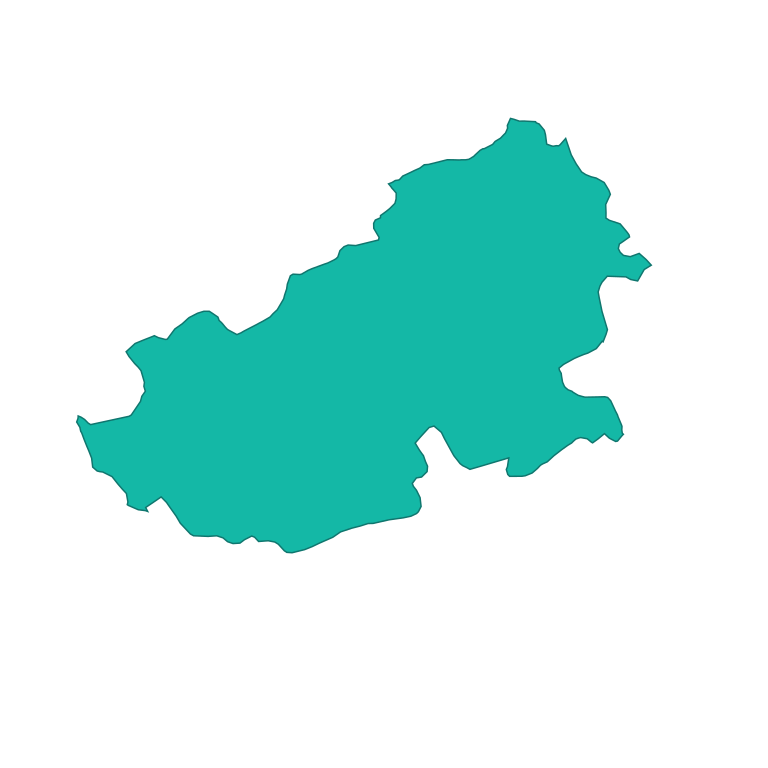 Santa, Al Gharbiyah, Egypt, rotated 239°
{"feature_id": "37247803B92664797200587", "entity_name": "Santa", "entity_type": "district", "adm_level": 2, "iso_a3": "EGY", "parent_name": "Egypt", "parent_adm1": "Al Gharbiyah", "projection": "orthographic", "projection_center": [31.113, 30.774], "detail": "fine", "context": "isolated", "style": "filled", "palette": "teal", "viewbox_px": 768, "rotation_deg": 239, "n_neighbors": 0, "source": "geoboundaries", "source_scale": "gbopen_adm2", "svg_char_len": 4805}
<svg xmlns="http://www.w3.org/2000/svg" viewBox="0 0 768 768"><g transform="rotate(239 384 384)"><path d="M500.9,666.2L498.4,658.2L498.2,656.4L499.5,654.5L500.7,651.4L502.0,650.1L505.8,647.0L514.5,650.8L518.9,652.1L527.0,650.9L529.5,649.0L530.8,649.0L536.2,641.0L537.1,639.7L539.6,635.4L544.0,631.7L546.5,629.2L543.9,625.5L542.1,622.9L539.6,621.7L537.8,619.2L536.5,617.3L535.9,614.8L534.7,610.4L534.7,604.2L533.4,600.5L534.0,592.1L534.1,591.1L534.7,589.9L534.8,586.8L533.5,580.5L532.9,578.1L532.9,572.5L534.2,569.3L536.1,566.2L537.3,563.8L540.5,558.8L543.6,553.8L544.3,551.6L549.3,535.2L551.2,531.4L550.6,525.8L551.3,520.2L551.7,515.6L552.3,509.8L552.6,507.2L551.3,502.8L551.3,501.6L552.6,498.5L552.6,494.7L553.2,491.0L549.5,491.6L548.2,491.6L545.1,492.2L541.4,492.8L540.4,492.2L536.4,489.7L533.3,486.5L532.8,484.9L532.6,484.0L531.4,479.1L530.8,474.7L530.4,470.4L530.2,467.8L528.3,466.6L529.0,461.0L527.1,457.9L522.7,455.4L512.1,455.3L510.3,453.4L516.8,432.4L517.2,431.1L521.6,424.8L522.3,420.5L521.6,417.4L521.4,416.5L521.0,414.9L516.7,409.9L516.1,407.4L516.1,405.0L516.7,398.0L517.4,394.9L519.9,381.9L520.5,377.5L520.6,371.9L520.6,370.0L521.2,368.2L525.0,362.6L525.0,359.5L519.4,352.6L515.6,349.5L511.3,344.5L508.8,342.0L507.7,340.1L502.6,330.7L501.4,325.1L500.1,320.8L500.2,312.7L500.5,307.4L500.5,306.4L501.5,290.9L501.5,290.1L501.5,287.8L502.1,283.4L510.3,278.5L511.5,277.9L514.7,277.2L519.0,276.6L520.8,276.2L522.4,275.7L523.4,275.4L524.9,275.7L526.9,276.1L533.0,273.3L536.3,271.7L538.3,268.4L539.1,267.1L539.5,265.5L540.7,260.6L541.3,251.2L541.0,249.3L540.1,245.0L539.5,241.9L539.2,237.5L538.9,233.1L535.9,225.8L534.0,221.2L534.9,219.4L537.4,217.0L539.9,214.5L543.7,212.0L543.9,210.3L545.6,200.2L546.9,191.5L544.7,180.7L544.5,179.6L538.8,179.6L536.0,180.0L530.0,180.8L525.0,182.0L520.6,182.6L508.8,179.5L505.7,177.0L500.7,175.7L498.2,170.1L494.5,166.3L491.6,160.1L487.6,151.4L487.6,148.9L500.3,111.6L502.8,110.3L507.8,109.1L511.5,107.3L514.1,105.4L512.2,104.1L509.7,101.0L504.7,101.0L503.4,101.0L501.8,100.4L499.7,99.7L497.8,99.7L490.9,98.4L483.5,97.2L478.5,96.5L471.0,95.2L462.8,91.5L457.2,93.3L455.3,95.2L453.4,97.6L444.7,103.2L435.3,104.4L428.4,105.6L422.8,106.8L414.7,103.7L412.8,101.8L411.5,102.4L402.8,108.6L398.4,114.2L396.5,115.8L400.9,116.1L401.6,128.7L402.0,134.8L394.5,136.6L391.1,136.8L377.6,137.8L369.5,137.7L355.1,140.8L352.0,142.6L343.8,155.0L343.4,155.9L340.0,162.5L335.0,166.8L329.4,168.7L325.0,172.4L321.8,178.6L322.4,184.2L321.8,192.3L319.3,194.2L313.6,195.4L310.5,201.6L309.2,204.1L304.8,209.0L301.1,210.9L292.3,212.7L290.8,213.5L289.8,213.9L286.7,218.3L282.9,230.7L281.6,238.8L280.9,246.3L280.4,250.3L279.0,261.2L279.6,270.6L277.1,281.8L275.7,286.5L274.5,290.5L272.6,298.5L270.1,302.9L265.0,318.4L259.4,331.5L256.8,339.0L256.7,340.1L256.2,345.2L256.8,347.7L259.3,351.7L259.9,352.7L268.0,356.4L276.2,357.1L281.2,356.5L284.3,357.1L284.7,358.3L286.8,363.4L284.9,368.3L286.7,375.8L291.1,379.0L296.1,379.6L302.3,380.9L305.0,380.6L309.2,380.3L313.0,380.3L317.3,380.3L319.8,387.8L323.5,400.3L322.2,405.2L316.0,407.3L312.9,408.3L306.0,407.7L288.1,407.0L286.0,407.0L281.6,407.6L276.6,408.2L273.5,409.4L269.7,411.9L266.6,413.7L263.8,424.3L258.0,446.7L256.4,452.9L249.6,447.3L247.7,444.8L242.7,443.5L240.2,444.1L238.3,447.2L237.8,448.1L233.9,454.7L232.6,457.8L232.0,461.5L231.4,465.2L232.6,472.1L233.6,475.6L233.8,476.5L233.8,478.9L233.2,483.9L235.0,492.6L236.2,502.6L236.8,510.1L236.8,514.4L237.4,516.9L238.0,520.1L237.4,523.2L236.8,525.0L232.4,530.0L227.3,531.8L226.1,532.5L226.7,539.3L227.9,547.4L221.7,549.2L220.4,549.9L215.4,553.0L214.8,554.8L217.2,561.7L217.6,563.3L219.1,562.9L222.2,564.2L225.0,566.1L226.1,566.4L229.5,566.9L235.7,567.8L237.2,568.2L240.0,568.4L242.0,568.5L243.5,568.7L252.9,569.7L257.3,568.8L259.4,566.6L262.4,561.3L267.4,552.6L269.2,549.5L270.1,548.6L271.1,547.6L274.3,544.6L278.2,542.5L280.0,541.6L280.9,541.4L284.2,538.8L287.4,537.7L289.0,537.4L293.6,538.0L294.4,538.3L297.4,539.5L299.2,540.2L301.9,541.4L305.6,541.5L307.5,542.2L308.3,547.9L308.3,549.0L308.1,554.6L307.9,560.2L307.3,565.0L306.4,570.7L305.5,574.6L305.0,584.2L308.3,593.1L307.3,593.5L312.3,600.0L315.5,603.5L334.1,608.3L347.4,613.0L352.6,615.0L356.6,619.4L357.6,621.0L359.0,623.4L359.4,624.7L361.4,630.9L351.2,646.6L346.6,649.2L345.0,650.9L341.7,654.5L348.1,666.0L348.2,674.3L355.1,672.9L356.3,672.6L364.5,670.0L365.3,665.8L366.3,660.7L370.9,655.5L375.2,654.3L376.9,654.4L379.4,654.6L381.8,656.9L382.8,657.9L382.9,660.2L383.1,663.3L383.3,665.8L383.6,670.2L385.6,670.8L388.6,670.6L390.7,670.3L399.6,668.9L408.2,661.5L411.9,659.7L415.5,661.9L416.3,662.4L423.7,666.5L430.0,675.7L434.2,676.5L443.3,676.5L447.2,674.3L451.2,672.0L454.3,668.9L454.9,668.3L459.5,664.8L464.0,662.6L472.0,662.2L473.2,662.1L474.1,662.1L484.0,662.5L500.9,666.2Z" fill="#14b8a6" stroke="#0f766e" stroke-width="1.5"/></g></svg>